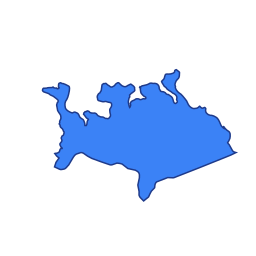 outline of Lane Cove, New South Wales, Australia, rotated 147°
{"feature_id": "25037944B47816389357030", "entity_name": "Lane Cove", "entity_type": "district", "adm_level": 2, "iso_a3": "AUS", "parent_name": "Australia", "parent_adm1": "New South Wales", "projection": "equal_earth", "projection_center": [151.169, -33.823], "detail": "fine", "context": "isolated", "style": "filled", "palette": "blue", "viewbox_px": 256, "rotation_deg": 147, "n_neighbors": 0, "source": "geoboundaries", "source_scale": "gbopen_adm2", "svg_char_len": 5888}
<svg xmlns="http://www.w3.org/2000/svg" viewBox="0 0 256 256"><g transform="rotate(147 128 128)"><path d="M50.8,48.6L51.5,49.4L52.1,50.2L52.5,51.1L52.7,52.0L52.2,59.2L52.5,60.4L52.3,61.6L51.3,61.9L50.0,62.6L48.2,63.8L46.9,65.3L46.0,66.7L45.5,67.6L45.3,68.5L45.2,69.4L45.4,70.3L46.3,72.5L46.9,75.3L46.8,76.0L47.0,77.0L47.3,77.6L47.4,75.2L47.6,75.1L48.1,76.4L48.5,78.3L48.6,79.2L47.9,83.4L47.7,85.2L47.7,86.4L47.8,87.7L48.3,89.1L49.5,91.3L50.9,93.0L51.9,93.7L52.8,94.7L53.5,95.8L53.9,97.1L54.1,98.5L53.7,99.8L53.5,100.3L52.2,101.9L52.2,102.6L52.4,103.3L52.7,103.6L54.1,103.8L55.0,104.2L55.6,105.2L56.0,107.2L56.2,107.3L57.7,107.0L58.7,107.0L59.4,107.1L60.3,107.5L62.1,108.4L62.8,109.0L63.4,109.8L64.0,111.0L64.5,112.6L64.6,113.8L64.6,115.0L64.1,118.8L64.3,121.4L64.7,124.9L65.2,127.5L65.9,129.2L66.4,130.8L66.7,132.8L66.7,134.3L66.5,135.4L66.1,136.5L65.6,136.9L65.5,137.1L65.3,138.2L64.9,138.9L63.8,140.0L62.1,141.2L60.0,141.9L58.8,142.1L57.7,142.7L56.6,143.7L54.7,146.3L54.5,146.7L54.6,147.5L55.0,148.6L55.7,150.6L56.3,150.8L57.3,150.8L57.6,150.6L58.5,149.6L59.3,149.4L60.3,149.4L62.7,150.1L64.6,151.1L66.0,152.1L67.3,152.5L67.9,152.2L69.3,151.1L70.6,149.9L71.5,149.5L74.2,148.9L74.5,148.7L74.7,147.8L74.8,146.9L74.8,144.9L74.9,143.7L74.8,143.0L74.1,141.3L74.1,140.1L73.9,139.0L73.3,137.4L72.1,134.9L71.5,133.0L70.8,131.9L70.2,130.5L70.0,129.7L69.9,129.0L70.0,128.0L70.2,127.3L70.8,126.4L71.8,125.3L71.9,124.9L72.0,123.7L72.3,123.2L72.8,122.8L74.1,122.6L74.7,122.7L75.0,122.8L75.4,123.4L75.6,124.1L75.4,125.5L74.8,127.2L74.4,129.0L74.4,129.7L74.6,130.8L75.9,134.1L76.8,134.8L77.2,135.5L77.4,136.0L77.5,137.2L78.1,138.4L78.6,139.1L80.1,140.4L80.6,141.1L80.6,141.4L80.4,141.9L80.5,143.1L80.4,143.6L80.2,144.3L79.6,145.4L79.3,146.6L79.3,147.8L79.6,148.9L79.9,149.5L80.8,150.5L81.6,151.1L82.7,151.7L83.7,152.7L84.8,153.4L85.3,153.6L86.9,153.7L88.6,154.0L92.3,155.3L93.2,155.7L95.1,155.6L95.4,156.1L95.8,155.9L95.4,155.4L95.6,155.1L96.1,155.3L96.1,155.0L95.7,154.9L95.7,154.6L96.4,154.1L97.4,152.0L98.0,150.4L97.9,148.6L97.6,147.0L97.4,146.2L96.4,144.3L96.6,143.5L97.1,143.1L98.0,143.2L99.2,144.3L101.1,144.6L102.1,145.0L102.7,145.6L103.1,146.5L104.1,147.3L105.1,147.9L105.9,148.1L107.2,148.0L109.7,148.4L110.9,148.4L112.1,147.8L112.7,147.4L113.1,146.1L113.7,145.3L114.8,144.5L115.4,144.3L115.3,145.1L114.7,147.0L113.8,149.2L113.1,150.3L110.9,152.5L109.6,153.1L109.2,153.9L108.7,154.8L107.4,155.0L106.4,155.3L105.0,155.2L103.7,155.4L102.9,155.4L102.0,155.7L101.6,156.2L101.0,157.5L100.7,157.9L100.4,158.4L100.4,159.0L100.6,160.3L101.1,161.7L101.7,163.2L102.0,163.4L105.2,163.8L106.8,163.8L107.9,164.2L108.8,164.9L109.5,165.9L110.0,166.7L110.6,168.7L111.0,170.6L111.3,171.1L111.5,171.3L112.2,171.6L114.0,171.6L114.7,171.5L116.2,170.9L116.7,170.9L118.7,171.0L119.8,171.5L120.3,172.1L120.9,173.9L121.5,175.0L122.2,177.4L122.6,177.7L123.5,178.0L124.2,178.5L125.8,178.5L126.4,178.2L129.1,175.1L129.6,174.5L130.2,173.8L130.9,173.7L132.3,172.8L133.6,172.8L134.5,172.6L136.1,171.7L136.6,171.2L137.0,170.7L137.3,169.7L137.9,168.5L138.0,167.9L137.9,167.2L136.7,165.8L135.2,164.1L134.6,163.6L134.0,163.2L132.7,162.7L132.0,162.2L130.5,160.4L128.9,158.9L128.7,158.5L128.6,158.1L128.6,157.3L129.0,156.5L129.8,155.4L130.9,154.7L132.9,153.7L133.5,153.1L134.7,150.8L135.5,148.6L135.9,148.0L136.3,147.5L138.0,146.8L139.2,146.6L139.9,146.8L140.6,147.6L141.5,148.1L141.9,148.7L142.8,150.5L143.5,151.2L144.8,152.1L146.4,154.5L146.6,155.4L146.8,157.2L147.3,158.1L147.8,158.7L148.6,159.1L150.4,160.4L151.5,161.8L151.7,163.2L152.5,164.3L153.2,164.6L154.3,164.5L154.7,164.9L155.1,165.1L156.1,164.7L156.8,164.7L157.8,163.7L157.6,162.7L157.4,159.3L157.1,158.3L156.6,157.4L156.6,156.7L157.5,156.4L158.5,155.8L160.5,153.5L161.6,152.8L162.8,153.6L161.7,155.5L161.2,157.6L161.0,159.2L161.2,160.0L161.8,161.1L162.4,163.0L162.4,164.0L162.1,165.8L162.1,167.1L162.3,167.9L162.9,168.9L163.9,170.3L164.8,170.7L166.3,170.9L166.7,171.2L167.6,172.3L168.4,173.7L169.3,175.6L169.7,177.7L169.7,178.5L169.4,179.4L168.6,181.2L167.5,182.9L165.8,184.4L163.8,185.3L161.8,186.6L159.7,188.4L157.0,191.1L155.5,193.0L155.2,193.6L154.8,194.5L154.9,195.4L156.8,198.7L158.3,200.7L159.1,201.2L159.5,202.1L160.1,202.8L161.5,203.0L162.0,202.8L162.7,202.1L163.8,200.5L164.0,200.1L163.9,199.3L164.1,199.1L165.0,199.0L165.6,199.2L166.0,199.6L166.1,200.4L166.8,200.7L167.6,201.4L168.4,202.3L168.4,203.0L168.8,203.3L169.5,203.2L172.3,204.9L173.5,205.5L174.6,205.8L177.3,207.4L178.3,207.1L179.2,206.2L179.3,205.6L179.3,205.1L179.0,204.2L176.2,200.6L175.6,199.6L175.1,198.0L173.5,195.5L173.0,194.3L173.0,194.2L172.1,191.7L171.6,190.0L171.6,189.2L171.8,188.7L172.5,188.0L173.4,187.8L175.2,186.3L175.5,185.8L176.1,184.3L177.5,181.0L177.6,178.8L177.5,175.8L178.0,174.4L178.8,172.9L179.6,172.1L181.3,171.1L181.7,170.8L182.3,169.7L183.5,168.9L183.3,168.5L183.5,167.2L183.7,166.5L183.9,166.5L184.1,165.4L183.9,164.5L183.5,163.1L183.6,161.6L183.9,160.4L183.8,159.4L184.6,158.4L186.0,157.3L186.4,157.1L187.7,157.2L189.5,156.0L190.1,153.8L190.4,153.3L191.3,152.7L193.4,152.0L193.9,151.6L194.3,150.6L194.5,148.9L194.6,148.5L194.2,147.1L194.4,146.7L195.5,147.3L196.5,147.1L198.6,145.4L200.7,145.4L202.3,146.0L202.6,146.3L203.3,146.5L203.1,143.4L202.2,140.4L207.1,138.4L210.8,135.4L208.0,130.9L207.3,130.0L206.4,129.4L204.0,128.4L203.0,128.2L201.1,128.4L200.0,128.8L197.9,129.3L190.0,133.2L187.7,134.1L185.6,134.3L181.0,133.1L180.0,132.4L179.1,131.1L177.2,126.4L174.9,122.2L168.8,114.1L163.2,107.0L162.4,106.3L161.3,105.8L156.4,104.6L153.9,102.5L152.6,101.0L152.4,100.5L150.2,94.1L144.8,88.6L143.6,86.2L143.4,85.1L143.4,84.1L143.6,83.3L144.0,82.4L145.6,80.0L150.0,75.6L150.7,74.9L151.2,73.9L153.3,68.7L155.3,65.7L155.6,64.2L155.6,63.0L154.6,58.3L148.3,59.0L145.5,60.8L142.8,62.3L138.2,63.4L136.4,65.6L135.7,66.2L134.4,67.0L133.2,67.2L121.7,64.8L117.2,61.6L116.4,61.3L89.6,55.8L63.7,50.7L56.4,49.3L50.8,48.6Z" fill="#3b82f6" stroke="#1e3a8a" stroke-width="1.5"/></g></svg>